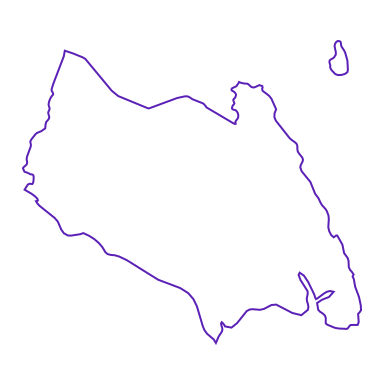 the border of Johor
{"feature_id": "MYS-1143", "entity_name": "Johor", "entity_type": "State", "adm_level": 1, "iso_a3": "MYS", "parent_name": "Malaysia", "parent_adm1": "", "projection": "orthographic", "projection_center": [103.469, 2.081], "detail": "fine", "context": "isolated", "style": "outline", "palette": "violet", "viewbox_px": 384, "rotation_deg": 0, "n_neighbors": 0, "source": "natural_earth", "source_scale": "10m", "svg_char_len": 4019}
<svg xmlns="http://www.w3.org/2000/svg" viewBox="0 0 384 384"><path d="M239.0,82.0L241.2,82.9L244.1,83.5L247.3,83.7L248.3,84.2L251.1,86.8L253.1,87.5L254.9,87.2L259.4,85.1L262.3,86.1L262.6,87.5L262.1,89.0L262.6,90.8L269.1,95.8L271.4,98.7L276.1,109.2L274.5,113.6L274.4,117.2L275.8,120.6L289.5,138.0L291.1,139.5L295.2,142.5L296.5,143.7L297.3,145.7L297.4,149.4L297.8,151.5L299.0,153.5L302.3,157.6L303.0,159.8L302.6,161.5L300.7,165.2L300.3,167.4L301.6,171.2L310.4,182.0L315.1,193.7L318.5,198.3L320.7,203.0L321.9,205.0L325.9,209.5L327.0,211.5L328.5,215.6L328.8,219.2L328.3,227.3L329.2,231.2L331.3,235.2L333.8,237.3L336.1,235.5L337.2,235.5L342.4,244.6L344.1,253.1L347.6,257.9L348.5,260.7L348.8,267.0L349.9,269.6L352.1,272.2L353.6,274.5L352.6,276.5L353.8,279.0L355.2,286.8L359.0,297.0L360.8,305.5L361.0,310.2L359.7,312.2L358.1,313.9L358.7,322.1L357.7,324.9L350.7,325.0L349.8,325.6L347.8,328.3L346.9,328.9L338.5,328.5L334.8,327.8L327.3,324.7L325.8,323.5L325.7,321.6L325.8,318.0L324.8,315.4L322.6,313.4L320.0,311.7L318.2,309.8L317.1,303.0L322.1,299.7L329.0,297.0L333.6,291.8L330.1,291.0L326.8,291.8L323.7,293.7L317.4,298.4L316.0,299.1L315.3,297.8L314.2,294.4L308.3,282.2L303.9,275.6L299.7,272.7L298.6,274.9L300.5,280.0L307.6,291.2L307.7,293.7L306.7,299.0L307.1,301.4L307.9,304.1L308.4,306.9L307.9,309.8L301.3,315.2L292.4,313.0L276.2,304.6L271.5,305.0L264.0,308.9L260.1,309.8L252.5,309.2L249.7,309.5L246.7,311.1L237.1,323.1L231.5,327.6L225.0,326.4L224.6,325.5L223.2,323.6L221.8,322.2L221.1,323.2L221.3,325.2L222.2,328.0L222.4,329.6L221.9,331.6L218.6,336.6L215.9,343.0L213.7,339.4L207.1,333.8L204.5,330.2L202.9,326.5L196.9,306.3L193.4,299.1L188.2,293.1L180.3,288.1L158.1,279.7L126.7,260.1L119.1,256.5L114.9,255.3L110.7,254.9L107.6,254.1L105.4,252.2L102.4,247.2L98.8,243.0L94.3,239.1L89.1,235.8L83.3,233.1L80.3,234.2L71.1,235.6L67.9,235.5L63.8,233.2L61.3,229.6L57.8,221.6L54.7,218.0L39.5,205.8L37.4,203.5L36.0,201.2L37.6,200.8L37.9,200.2L37.5,199.5L37.3,198.6L35.0,196.3L31.6,193.8L24.6,189.7L27.8,184.6L29.6,183.7L31.6,184.0L32.3,184.0L32.9,183.1L33.4,181.6L33.7,177.9L33.6,176.2L33.2,175.1L32.8,174.8L32.2,174.5L30.8,174.3L30.1,174.2L29.1,173.5L26.3,172.3L25.0,172.0L24.5,171.7L24.2,171.2L23.7,170.0L23.2,168.9L23.0,168.3L23.3,167.5L26.4,164.8L26.7,164.2L27.0,163.4L27.1,162.1L27.0,161.3L26.7,159.8L26.7,159.1L26.7,158.4L27.1,156.4L30.7,146.6L30.9,145.2L30.9,144.5L30.4,142.5L30.3,141.8L30.7,140.6L31.6,139.1L35.4,134.3L36.9,133.0L41.2,131.2L45.2,128.4L45.7,123.6L46.3,121.9L48.6,119.2L49.1,118.3L49.2,117.3L49.2,116.7L48.7,115.0L48.2,112.8L48.4,111.9L49.4,109.6L49.6,108.7L49.3,107.2L49.0,106.4L48.7,105.4L48.6,104.4L48.9,102.4L49.4,100.7L50.5,98.1L51.1,97.0L51.7,96.2L52.9,94.9L53.1,94.3L53.1,93.5L52.6,92.3L51.7,90.9L51.6,89.8L51.7,88.9L53.3,83.8L63.8,56.3L64.8,50.7L72.9,53.4L82.6,57.3L85.3,58.9L111.7,90.7L118.3,96.1L147.7,108.2L148.6,108.4L149.3,108.3L177.2,98.0L185.1,96.3L187.7,96.4L190.0,97.5L192.4,99.2L202.8,103.3L203.8,104.0L205.3,105.7L206.3,107.1L206.8,107.6L233.4,123.3L235.0,124.0L235.7,123.7L235.5,123.0L235.4,122.2L235.4,121.9L235.6,121.4L235.9,120.9L237.8,118.3L238.0,117.7L238.2,117.0L238.3,115.6L238.2,114.8L238.0,113.7L237.6,112.7L237.0,111.7L236.1,110.6L235.5,110.2L234.9,110.0L233.3,109.6L232.8,109.3L232.3,109.0L232.0,108.4L232.0,108.1L232.0,107.8L232.1,107.3L232.5,106.2L232.8,105.5L234.1,104.1L234.2,103.8L234.4,103.4L234.3,103.0L233.4,100.7L233.3,99.9L233.5,99.4L233.9,98.9L234.6,98.3L234.8,98.1L235.3,97.2L235.6,96.6L235.9,95.5L236.0,94.8L235.9,94.4L235.6,93.7L235.2,93.0L234.7,92.4L234.2,91.9L233.8,91.6L232.2,90.8L232.0,90.5L231.5,90.0L231.5,89.2L232.2,88.2L236.4,86.2L236.7,85.8L238.4,83.3L239.0,82.0ZM347.4,60.6L347.9,69.9L347.4,72.1L345.2,73.8L341.7,74.9L338.0,75.1L335.3,74.1L331.7,70.3L330.3,68.0L330.2,66.4L330.3,65.4L329.4,62.2L329.6,60.6L330.5,59.6L332.8,58.4L334.0,57.5L335.8,54.6L335.8,51.8L335.1,49.0L334.6,46.0L335.0,44.0L336.1,42.1L337.7,41.0L339.7,41.2L340.6,42.0L340.9,43.1L341.1,45.3L341.6,46.7L344.0,50.3L345.2,52.7L347.4,60.6Z" fill="none" stroke="#5b21b6" stroke-width="2"/></svg>